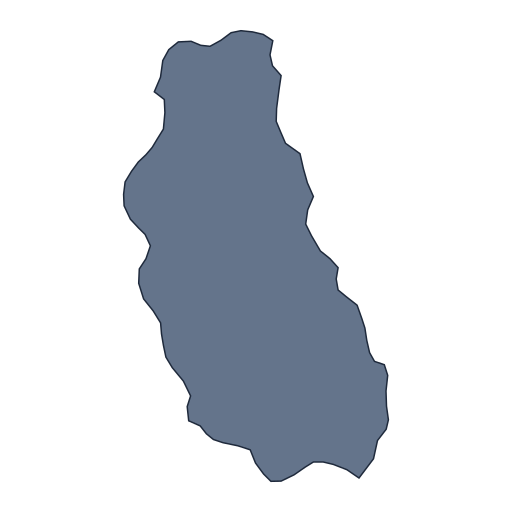 the district of São Bento Abade, Minas Gerais, Brazil
{"feature_id": "56859067B95331954634045", "entity_name": "São Bento Abade", "entity_type": "district", "adm_level": 2, "iso_a3": "BRA", "parent_name": "Brazil", "parent_adm1": "Minas Gerais", "projection": "orthographic", "projection_center": [-45.073, -21.565], "detail": "fine", "context": "isolated", "style": "filled", "palette": "slate", "viewbox_px": 512, "rotation_deg": 0, "n_neighbors": 0, "source": "geoboundaries", "source_scale": "gbopen_adm2", "svg_char_len": 1265}
<svg xmlns="http://www.w3.org/2000/svg" viewBox="0 0 512 512"><path d="M125.1,181.9L123.6,194.4L124.1,205.8L130.4,219.2L138.7,228.1L145.1,234.4L150.4,245.8L146.0,258.7L139.3,268.9L138.7,283.3L143.6,298.9L153.2,310.9L160.6,322.9L161.5,333.8L163.4,345.2L165.9,357.1L172.3,367.7L183.4,381.1L190.6,395.9L187.2,406.6L188.7,420.8L200.2,425.9L206.4,433.8L213.4,439.5L223.0,442.7L237.9,445.8L250.2,449.8L255.5,463.0L263.6,474.0L270.9,481.3L281.1,481.1L294.1,474.8L305.2,467.1L313.4,462.0L323.2,462.0L333.3,464.4L346.9,469.7L359.0,478.0L373.5,458.8L377.5,440.5L386.2,429.2L388.4,419.8L386.5,406.2L386.0,391.0L387.7,375.4L384.3,364.7L374.5,361.4L369.6,352.7L366.8,340.5L364.9,328.1L361.9,318.8L357.1,305.2L346.0,296.5L338.1,290.0L336.2,279.0L338.1,267.7L330.0,258.7L320.4,251.0L311.5,235.8L305.7,224.1L307.7,209.9L313.4,196.5L307.4,182.9L303.4,168.7L300.0,153.7L285.5,143.3L280.6,131.9L276.2,121.4L276.6,108.4L279.1,89.1L281.1,75.6L272.5,65.8L270.0,54.9L272.8,40.7L263.2,34.4L252.6,31.9L240.9,30.7L231.1,32.7L220.9,40.3L210.0,46.3L200.7,45.3L191.1,41.3L178.3,41.9L168.8,49.6L162.8,60.5L160.5,77.2L154.3,91.8L164.3,99.5L164.9,112.7L163.4,129.1L157.2,139.1L152.2,147.4L146.0,154.7L138.3,162.0L131.5,171.3L125.1,181.9Z" fill="#64748b" stroke="#1e293b" stroke-width="1.5"/></svg>